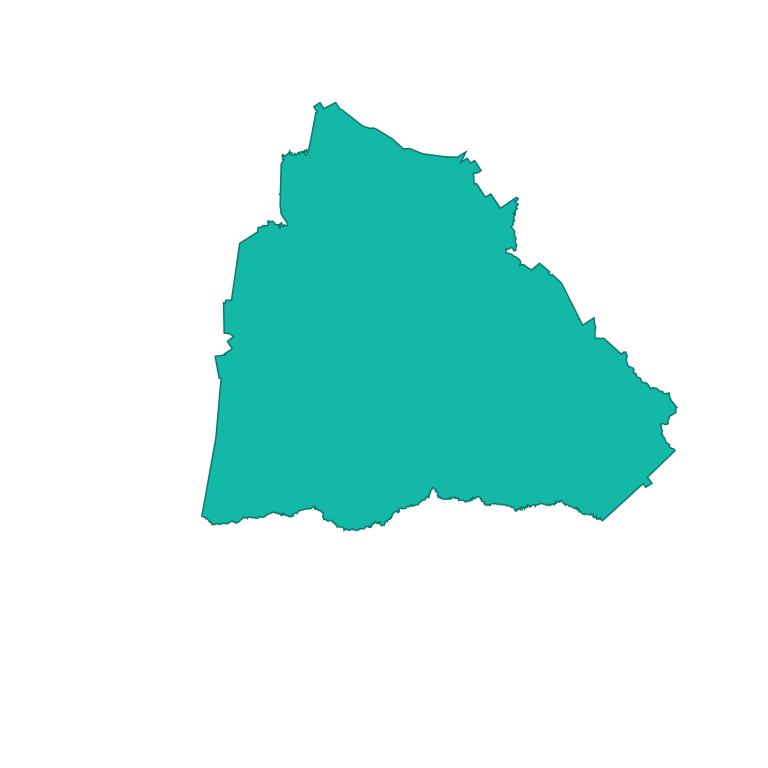 the district of Narromine, New South Wales, Australia, rotated 318°
{"feature_id": "25037944B72215071742446", "entity_name": "Narromine", "entity_type": "district", "adm_level": 2, "iso_a3": "AUS", "parent_name": "Australia", "parent_adm1": "New South Wales", "projection": "albers", "projection_center": [147.895, -32.232], "detail": "fine", "context": "isolated", "style": "filled", "palette": "teal", "viewbox_px": 768, "rotation_deg": 318, "n_neighbors": 0, "source": "geoboundaries", "source_scale": "gbopen_adm2", "svg_char_len": 6171}
<svg xmlns="http://www.w3.org/2000/svg" viewBox="0 0 768 768"><g transform="rotate(318 384 384)"><path d="M582.0,600.5L584.7,596.9L585.9,597.4L586.5,587.9L588.1,583.8L590.0,581.7L585.6,578.7L586.0,575.8L584.3,574.5L583.5,569.0L582.3,568.5L581.6,566.6L579.1,566.1L579.9,560.1L578.8,557.2L577.4,556.8L577.0,555.5L578.3,551.1L576.8,548.1L578.1,544.7L577.0,543.1L577.3,542.0L579.3,540.8L579.6,538.8L577.3,533.7L580.2,528.2L583.5,525.7L585.0,522.0L583.5,520.8L580.3,520.4L578.0,497.4L571.5,491.3L575.0,486.9L579.6,483.2L580.2,481.0L584.4,475.4L571.0,473.2L572.7,467.1L572.0,466.3L573.1,465.6L583.4,427.6L582.2,415.0L580.1,414.6L580.6,411.7L582.1,411.7L580.4,398.4L569.9,398.0L567.9,391.1L568.2,390.1L567.1,388.2L565.0,387.3L565.5,386.6L564.6,386.5L566.9,385.1L567.9,382.7L567.1,378.1L565.8,375.8L565.7,372.9L562.6,368.1L564.9,365.2L566.6,367.0L569.4,367.5L570.5,369.3L569.6,372.0L571.5,372.9L572.5,371.1L575.5,369.8L576.6,365.9L579.2,364.6L580.8,360.2L583.2,358.1L583.6,352.3L586.7,352.0L588.4,349.8L590.1,350.1L591.2,347.4L595.5,345.5L595.5,344.8L594.1,344.5L594.3,343.4L596.4,344.4L597.2,343.0L600.4,342.9L600.8,340.4L604.0,340.3L603.3,336.0L606.7,336.6L607.9,335.7L607.1,333.9L588.1,331.4L590.5,314.2L584.3,313.0L586.8,297.1L585.0,295.6L591.5,287.2L594.7,289.7L598.9,290.4L600.8,278.5L596.0,277.8L596.8,271.9L589.4,270.8L600.2,266.3L590.4,264.6L581.8,256.5L566.9,239.0L560.7,226.3L555.6,222.0L554.3,207.9L548.9,189.6L547.0,186.2L544.8,184.9L540.7,178.0L536.2,152.1L535.2,150.5L536.4,142.5L523.6,139.1L524.7,132.1L517.4,130.9L516.4,137.1L514.8,136.9L489.1,156.5L482.6,160.7L479.2,161.8L478.6,157.8L480.9,159.5L482.8,158.8L483.0,158.0L478.7,156.9L477.2,155.5L475.1,156.4L475.2,154.7L471.6,155.2L472.0,153.0L469.4,153.6L468.8,151.4L470.9,150.4L468.0,150.4L469.8,147.9L467.2,148.7L462.4,148.3L462.5,146.1L461.7,145.8L460.3,146.9L460.3,148.7L459.1,149.2L459.8,150.4L454.8,151.7L434.4,173.2L433.3,173.0L433.1,174.7L426.5,181.6L421.3,188.9L419.6,200.6L417.8,201.5L417.0,201.1L416.5,198.8L414.9,199.6L414.0,199.1L415.7,195.5L413.9,195.5L412.4,196.7L411.8,198.5L410.8,198.4L410.8,196.8L412.3,195.1L409.8,192.8L410.4,191.3L410.0,188.3L407.9,187.7L407.6,185.5L405.9,185.7L405.2,187.9L403.6,188.5L400.0,185.3L397.7,185.5L395.3,183.5L391.7,186.4L370.8,183.0L326.7,219.7L322.3,215.8L320.7,217.6L319.2,216.3L299.3,239.2L303.0,243.5L304.0,248.1L296.1,247.6L294.8,256.3L285.5,254.8L285.4,256.1L277.0,250.5L265.4,269.4L266.9,270.7L223.1,311.5L160.1,360.4L162.1,364.1L161.5,365.1L162.7,365.6L162.1,369.2L162.3,370.7L163.0,371.0L162.2,373.7L167.3,376.8L167.9,378.5L171.0,379.6L174.2,383.2L175.2,382.6L176.5,383.7L178.8,383.6L179.9,384.9L179.6,386.0L180.8,386.4L180.9,388.3L183.2,389.3L190.8,389.1L190.7,390.2L192.8,391.0L192.6,392.4L193.5,392.0L195.7,393.5L196.4,395.1L198.3,396.2L198.9,398.2L201.3,399.6L202.5,399.0L205.3,402.6L210.3,403.0L216.7,405.5L217.0,407.3L219.1,408.8L218.6,409.9L219.7,410.2L219.8,411.8L220.6,412.0L219.7,412.9L221.5,413.9L222.4,412.5L222.5,413.7L223.3,413.7L222.7,415.8L224.7,417.5L224.4,418.5L225.7,420.1L227.7,421.2L228.9,421.0L228.8,419.8L231.7,420.2L232.7,422.0L235.6,421.3L242.3,424.5L246.2,427.7L249.8,427.8L249.5,428.7L250.4,429.2L249.4,430.0L250.6,430.0L249.4,431.3L250.3,431.7L250.8,434.4L252.2,435.4L251.8,437.1L252.6,438.3L251.7,440.2L249.4,442.0L249.6,443.8L248.6,444.4L249.8,445.1L250.5,448.3L254.0,450.2L253.3,452.7L254.3,453.6L253.8,456.3L254.5,457.1L253.4,458.7L257.1,462.2L257.6,464.0L256.6,465.8L257.4,465.4L258.1,466.5L259.1,466.5L259.7,469.1L260.5,469.7L262.4,469.9L263.2,471.3L264.3,470.7L265.0,474.2L266.6,474.5L267.2,475.6L268.9,475.1L272.4,478.3L275.6,477.8L277.5,481.1L278.0,480.8L277.3,479.5L278.2,479.6L278.7,481.6L282.0,480.0L282.8,481.1L285.1,480.3L285.6,483.2L287.6,482.9L288.5,484.2L287.0,484.3L287.7,485.9L287.2,487.7L288.5,487.8L289.5,489.1L293.4,487.3L294.3,487.4L294.3,488.4L296.6,487.5L298.2,488.5L300.2,488.3L302.9,486.6L305.9,486.2L308.9,487.3L309.4,488.1L308.3,488.7L309.7,489.2L310.6,488.4L310.3,487.3L311.8,486.9L314.4,487.8L313.9,488.9L317.1,490.9L318.6,490.1L320.6,492.0L322.4,492.6L322.9,491.7L323.8,492.6L323.7,494.1L327.6,495.4L328.7,496.7L329.6,495.7L332.6,496.3L333.4,495.6L336.8,497.4L340.7,496.6L341.5,498.4L343.7,496.5L346.1,495.8L346.9,494.2L349.1,494.5L350.0,493.2L351.1,493.8L351.8,497.8L350.7,497.7L350.4,498.8L351.3,499.8L351.3,501.7L349.3,502.2L348.5,504.8L350.3,506.0L349.7,506.6L351.2,509.5L355.1,513.0L356.9,512.2L356.6,514.1L360.2,514.6L360.1,516.0L360.9,515.9L360.9,517.1L362.7,518.1L361.9,520.1L362.6,519.7L362.5,520.9L365.2,523.6L365.6,526.3L368.2,526.8L369.0,528.3L370.6,528.1L371.6,529.3L372.4,528.8L372.0,527.9L374.1,527.8L374.8,528.4L374.0,529.2L374.6,529.9L379.0,530.7L379.6,532.2L378.7,534.3L379.5,534.8L378.1,536.6L379.8,538.3L378.2,540.0L379.2,541.1L378.4,541.6L381.8,545.3L382.3,544.6L384.1,545.1L385.9,547.1L387.1,547.2L387.6,549.1L389.2,550.1L389.7,551.6L391.6,552.6L391.5,553.3L393.6,555.4L393.6,556.7L395.3,557.8L396.4,561.0L397.4,561.3L396.8,566.5L397.7,567.0L399.1,566.1L399.2,567.1L400.7,567.0L401.4,568.6L401.9,567.2L402.6,568.5L403.7,567.0L404.2,568.5L403.6,569.4L405.1,568.7L405.9,569.5L405.1,571.0L406.8,570.4L408.1,571.4L408.9,570.8L408.0,570.2L409.3,570.3L409.4,569.1L410.0,571.3L410.7,571.3L410.0,573.1L414.5,573.4L414.7,576.1L415.5,575.6L421.2,578.2L424.2,583.5L426.5,584.0L426.1,585.5L428.8,585.6L429.7,587.8L431.1,586.8L432.4,587.9L433.5,586.3L435.0,587.4L434.5,588.4L435.4,589.2L437.3,588.8L437.9,592.0L437.4,592.9L438.0,593.4L437.7,595.5L438.7,595.1L439.8,596.5L439.8,598.7L440.7,599.1L442.3,604.0L444.0,605.4L444.5,604.5L445.1,605.7L445.0,607.0L443.5,606.9L444.7,608.4L443.5,609.5L444.6,610.4L444.7,613.7L445.8,614.2L445.6,615.2L447.8,616.3L449.1,618.8L450.7,618.6L450.8,621.3L452.1,621.0L450.4,623.5L452.0,624.8L453.1,624.2L451.7,626.8L452.9,626.8L453.0,628.1L455.4,628.1L454.2,629.2L455.1,631.3L454.2,631.8L510.1,631.4L509.3,635.9L516.7,637.1L517.4,629.5L555.7,628.3L555.8,626.2L553.7,622.2L555.5,620.0L554.5,616.2L556.5,611.5L555.8,609.5L557.1,608.2L556.8,606.9L559.7,605.0L560.0,602.9L561.6,601.3L562.2,599.0L564.7,600.0L565.8,602.2L567.7,603.4L568.9,603.4L570.2,601.0L573.2,600.3L573.7,598.9L582.0,600.5Z" fill="#14b8a6" stroke="#0f766e" stroke-width="1.5"/></g></svg>